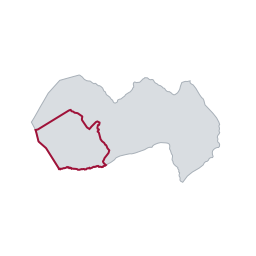 Paraguay, with Boquerón highlighted, rotated 312°
{"feature_id": "PRY-598", "entity_name": "Boquerón", "entity_type": "Department", "adm_level": 1, "iso_a3": "PRY", "parent_name": "Paraguay", "parent_adm1": "", "projection": "albers", "projection_center": [-61.074, -21.97], "detail": "medium", "context": "in_parent", "style": "outline", "palette": "rose", "viewbox_px": 256, "rotation_deg": 312, "n_neighbors": 0, "source": "natural_earth", "source_scale": "10m", "svg_char_len": 4888}
<svg xmlns="http://www.w3.org/2000/svg" viewBox="0 0 256 256"><g transform="rotate(312 128 128)"><path d="M134.9,63.1L135.3,64.6L135.5,65.7L136.1,66.5L136.7,67.5L137.3,68.1L137.7,69.1L137.6,70.3L137.8,71.7L138.1,73.0L138.4,73.3L139.2,73.6L139.6,74.8L139.3,75.4L139.4,76.0L139.7,76.7L139.4,77.3L139.6,77.8L140.2,78.2L140.7,79.8L140.7,82.5L140.0,83.9L139.5,85.1L139.4,85.8L139.7,86.9L139.1,88.1L138.3,89.6L138.5,90.7L138.6,91.7L138.6,92.7L138.8,93.7L138.5,94.8L138.3,95.7L138.1,96.7L138.4,97.9L137.8,99.0L137.5,99.8L137.4,100.6L137.9,101.8L139.3,102.4L140.4,102.6L141.4,101.9L142.2,101.7L143.7,102.4L145.0,103.4L146.7,103.6L148.2,103.9L149.4,104.2L151.1,103.9L152.8,104.3L154.9,104.9L156.6,105.5L158.3,105.4L159.6,105.4L160.9,104.8L162.2,104.9L163.2,103.9L163.8,103.0L164.3,102.4L165.7,101.9L166.7,102.2L167.4,104.0L168.8,105.0L169.3,105.8L170.3,106.1L172.6,106.3L174.0,106.2L175.5,106.8L176.6,106.8L177.4,107.8L178.3,108.9L178.3,111.0L179.0,112.6L180.0,113.2L180.6,114.2L180.3,115.6L179.8,117.0L179.8,118.5L180.3,119.9L180.2,121.3L180.6,122.7L181.2,123.9L181.4,125.8L181.2,127.2L181.7,128.0L181.8,129.1L181.5,130.0L181.3,131.2L181.4,132.4L181.7,133.3L182.7,134.5L183.0,136.6L182.9,138.1L183.3,139.8L184.2,140.6L185.6,140.9L187.3,141.3L189.3,141.0L191.2,140.6L192.2,140.1L194.2,139.0L196.0,138.3L196.9,137.9L197.8,137.6L199.5,138.5L201.1,139.5L202.3,141.0L204.6,142.6L204.1,142.9L203.1,144.1L203.1,145.6L203.6,147.7L202.8,152.1L200.7,158.7L199.8,162.6L200.1,163.7L199.4,165.7L196.7,169.8L196.5,172.6L195.8,181.1L194.8,187.1L193.2,191.5L191.9,193.8L190.7,194.0L189.9,194.7L189.3,195.8L188.4,196.7L187.0,197.4L186.3,198.2L186.1,199.1L184.8,199.6L182.3,199.8L180.9,200.5L180.4,201.6L179.6,202.5L178.3,203.2L177.7,204.3L177.7,205.9L177.0,207.2L175.5,208.3L174.1,208.3L173.0,207.2L171.3,206.4L169.3,206.0L167.6,206.2L166.2,207.0L164.9,208.4L163.8,210.3L162.6,210.6L161.3,209.3L159.7,208.8L157.7,209.3L156.1,209.1L155.0,208.2L153.2,208.0L150.7,208.6L145.8,207.7L138.3,205.3L132.0,204.3L124.3,205.0L123.7,202.7L124.1,201.4L125.4,200.5L126.2,199.4L126.5,198.2L127.4,197.3L128.8,196.7L129.5,196.0L129.2,195.4L129.6,194.8L130.4,194.3L130.9,193.6L131.0,192.5L131.3,192.0L131.9,191.6L131.9,190.8L131.7,188.5L131.8,186.6L132.2,185.2L132.7,184.3L133.0,184.1L133.3,183.6L133.5,182.7L134.0,181.9L136.5,180.2L137.5,179.3L137.6,178.5L138.0,177.4L139.5,174.9L140.0,173.8L140.1,173.2L140.6,172.6L142.4,171.3L143.4,170.1L143.6,168.9L143.2,167.5L142.2,166.0L139.1,162.1L136.6,160.3L133.5,158.8L131.4,158.3L130.4,158.8L129.4,158.4L128.3,157.1L126.6,156.0L122.9,154.8L114.6,150.3L111.3,148.1L110.2,146.7L107.0,144.3L101.9,140.8L98.0,139.1L95.2,139.2L90.8,138.2L84.7,136.0L81.2,134.0L80.3,132.0L78.0,130.1L74.4,128.1L72.6,126.8L72.4,126.2L71.4,125.3L69.4,124.3L67.2,122.6L64.8,120.2L62.3,116.4L59.5,111.3L56.6,107.9L53.5,106.2L51.9,105.0L51.9,104.4L51.4,103.9L51.8,102.9L52.9,99.0L54.5,93.3L56.2,87.5L58.1,80.6L58.1,75.7L58.1,70.6L60.9,66.3L63.0,63.3L64.7,60.5L66.5,55.6L67.7,52.3L72.3,51.5L80.1,49.8L83.9,48.9L92.1,47.2L100.5,45.4L109.3,45.4L117.7,45.4L124.2,49.5L129.2,52.7L134.6,56.2L135.0,56.9L135.3,59.8L134.9,63.1Z" fill="#d9dde1" stroke="#a8b0b8" stroke-width="1"/><path d="M58.6,109.4L58.3,109.4L58.2,108.8L56.7,108.4L55.4,107.5L54.8,106.8L53.8,106.5L53.0,105.6L51.9,105.3L51.8,105.1L52.0,104.6L51.9,104.3L52.0,104.3L51.8,104.0L51.4,103.9L51.9,102.9L58.2,80.6L58.2,79.3L58.1,70.9L58.2,70.4L63.0,63.3L64.2,61.4L64.6,60.6L66.6,62.0L101.4,72.3L102.6,72.9L103.1,73.3L102.7,74.8L102.8,75.0L103.2,75.7L103.5,76.3L103.6,76.8L103.6,77.7L103.6,78.0L105.0,80.1L105.3,80.7L106.0,86.0L105.8,86.5L103.8,87.7L103.3,88.3L103.1,88.6L101.0,97.1L101.4,100.0L103.3,100.0L104.3,99.9L110.9,100.2L111.5,100.4L112.4,100.9L113.0,103.2L112.7,103.5L111.1,104.4L110.9,104.4L110.1,103.8L109.6,104.0L107.7,105.1L107.3,105.6L107.1,105.9L107.2,106.4L107.4,107.0L107.3,107.4L106.8,107.6L105.4,107.6L105.0,107.9L105.1,109.2L104.9,109.7L101.4,115.0L101.2,115.4L101.1,116.2L100.8,117.3L100.9,119.3L101.0,120.2L100.8,120.9L100.3,122.3L100.6,123.1L100.3,124.1L99.5,125.7L99.2,126.4L99.1,127.2L98.9,129.0L96.5,130.2L95.8,130.3L89.9,130.7L88.2,131.4L86.9,131.6L86.4,131.8L86.1,132.2L85.9,133.1L85.6,133.7L85.7,136.4L84.8,136.3L83.6,135.5L83.0,135.2L82.3,135.4L81.5,134.8L81.1,134.3L81.1,134.0L80.9,133.6L80.6,133.2L80.1,132.9L79.6,132.2L79.8,131.9L79.9,131.5L79.8,131.1L79.3,130.8L78.5,130.1L77.9,130.1L77.4,129.6L76.8,129.4L76.4,128.6L75.2,128.0L74.5,127.9L73.6,127.3L72.8,127.2L72.7,127.1L72.5,126.6L72.2,126.4L72.4,125.9L71.7,125.7L70.8,124.8L70.5,124.6L69.4,124.6L68.9,124.1L68.4,123.8L68.2,123.7L68.1,122.7L67.7,122.3L66.9,121.7L66.4,121.0L64.3,119.7L63.4,118.6L63.4,117.8L62.8,116.7L62.0,115.7L61.9,115.5L61.4,115.1L61.2,114.6L60.7,114.0L60.3,113.4L60.0,113.3L60.2,112.8L59.9,112.6L60.0,111.9L59.9,111.7L59.5,111.6L58.8,111.2L58.8,110.9L59.1,110.6L59.2,110.2L59.0,109.9L58.6,109.4Z" fill="none" stroke="#9f1239" stroke-width="2"/></g></svg>